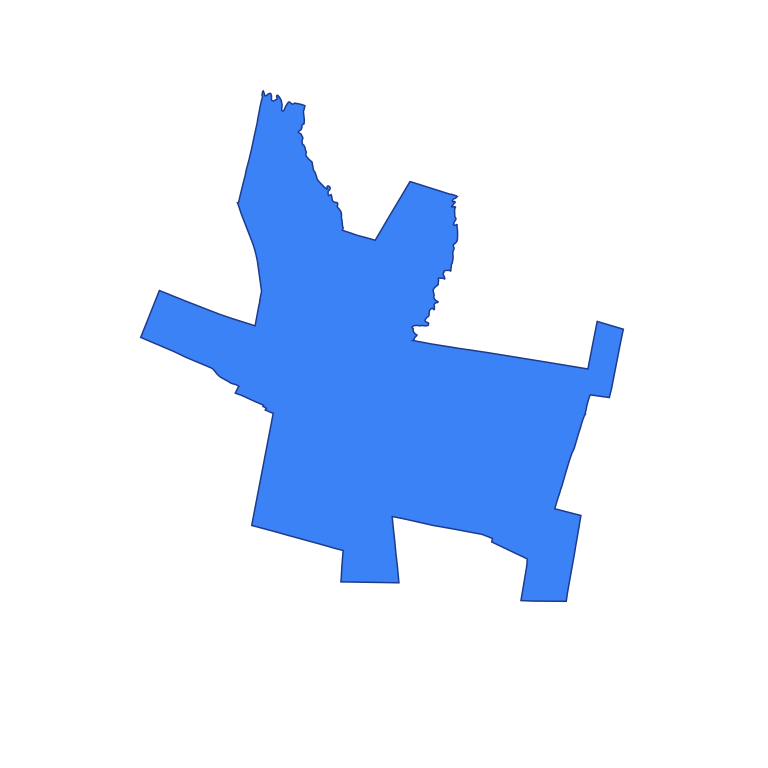 Mizil, Prahova, Romania, rotated 39°
{"feature_id": "2599482B63196712771897", "entity_name": "Mizil", "entity_type": "district", "adm_level": 2, "iso_a3": "ROU", "parent_name": "Romania", "parent_adm1": "Prahova", "projection": "mercator", "projection_center": [26.445, 45.004], "detail": "fine", "context": "isolated", "style": "filled", "palette": "blue", "viewbox_px": 768, "rotation_deg": 39, "n_neighbors": 0, "source": "geoboundaries", "source_scale": "gbopen_adm2", "svg_char_len": 6110}
<svg xmlns="http://www.w3.org/2000/svg" viewBox="0 0 768 768"><g transform="rotate(39 384 384)"><path d="M165.6,500.9L199.2,491.3L207.2,489.3L211.0,488.5L216.1,487.1L239.9,480.2L241.8,480.0L242.8,480.2L243.7,480.4L248.5,481.4L251.3,481.6L253.3,481.5L261.5,480.0L263.9,479.8L266.1,479.1L269.6,477.6L272.6,477.0L272.7,478.3L274.2,484.7L278.0,483.4L279.8,482.6L294.9,478.8L303.7,476.3L304.0,477.6L307.9,476.8L308.0,478.9L308.6,478.8L316.4,476.6L370.2,577.2L392.1,567.4L405.2,561.8L423.4,553.8L443.2,545.2L449.9,542.4L457.0,539.1L465.3,551.2L474.0,563.3L475.0,564.9L520.7,529.1L509.4,517.5L500.0,508.3L491.1,499.2L480.3,488.5L473.8,481.9L474.4,481.5L483.1,476.9L511.4,462.9L531.2,451.9L554.2,439.5L555.9,438.8L565.5,435.8L567.1,439.0L605.3,429.8L607.8,433.1L610.5,437.4L626.7,466.1L633.1,461.4L636.8,458.6L662.4,438.2L658.0,430.8L652.4,420.7L639.2,396.7L635.1,389.6L633.2,386.1L627.0,375.0L619.8,362.3L595.2,373.5L591.7,365.0L589.3,358.6L587.6,354.6L586.5,351.4L581.7,340.1L577.2,329.2L574.8,323.0L573.5,319.1L572.4,314.5L566.7,300.9L564.7,295.7L563.9,293.6L562.7,291.0L560.8,286.1L560.3,284.3L559.7,282.8L559.5,280.5L558.6,279.9L557.7,277.7L555.4,273.4L552.8,267.6L551.0,262.7L567.7,252.7L567.0,251.5L564.0,244.9L542.0,203.4L535.5,190.8L510.3,201.2L516.5,213.0L533.0,244.0L477.9,275.4L443.2,295.3L418.9,309.7L395.2,323.3L378.9,332.1L379.3,330.8L379.2,330.0L378.9,329.5L378.7,328.6L378.7,328.1L379.0,325.7L378.9,325.3L378.4,325.2L376.6,325.4L375.2,325.2L373.8,324.8L373.1,324.3L372.1,322.8L371.8,322.6L370.2,322.5L369.9,322.2L369.9,321.7L370.1,321.0L370.5,320.0L370.7,319.6L371.4,319.0L373.1,317.4L375.0,316.5L376.7,314.6L377.8,313.9L378.8,313.3L379.8,312.6L381.3,310.9L381.4,310.5L381.4,310.2L380.9,309.7L380.4,308.7L379.7,308.6L377.4,309.4L376.5,309.2L376.1,308.9L375.8,308.6L375.6,308.2L375.4,306.0L375.4,305.4L376.0,303.6L375.9,302.7L375.7,302.2L373.4,298.9L373.2,298.5L373.1,298.1L373.1,297.5L373.2,296.2L373.5,295.6L374.0,294.7L374.6,294.6L375.7,294.9L376.1,294.7L376.2,294.3L376.0,294.0L374.4,292.1L374.0,291.8L373.1,290.8L372.8,290.1L372.9,288.9L373.2,288.3L374.5,286.7L374.4,286.4L374.2,286.1L373.7,286.1L371.8,286.5L371.1,286.4L370.3,286.3L368.7,285.7L367.7,284.8L367.4,283.9L366.9,283.2L363.1,280.3L363.0,279.4L362.8,279.0L362.7,277.9L363.0,275.3L363.5,273.2L363.5,272.5L363.3,272.3L362.0,270.5L361.3,269.2L360.7,268.6L359.8,267.9L359.9,267.3L360.4,266.9L362.6,265.2L363.7,264.6L365.0,264.3L365.1,264.1L364.9,263.8L363.2,262.6L362.5,262.2L361.2,261.8L360.8,261.5L360.5,260.9L360.3,259.5L359.6,258.2L359.7,257.9L360.1,257.5L361.3,256.2L363.1,254.7L363.4,254.5L364.6,254.4L364.7,253.9L363.4,252.4L363.1,251.8L363.0,251.3L361.5,249.2L361.2,248.5L361.0,247.5L360.8,246.8L358.5,242.8L357.4,241.4L355.4,239.3L354.8,238.6L354.2,237.5L353.5,235.2L353.1,234.5L352.5,233.9L351.8,233.5L351.0,233.2L350.6,232.7L350.5,232.4L350.4,231.9L350.9,228.5L350.8,227.4L350.7,226.8L350.1,225.5L348.6,223.4L347.9,222.6L347.4,221.8L344.3,218.2L342.7,216.8L341.6,215.6L340.8,214.4L340.4,214.3L340.1,214.4L339.8,215.1L339.3,215.8L338.7,216.4L338.3,216.6L337.9,216.6L337.7,216.5L336.7,213.9L336.5,212.8L336.4,211.4L336.0,210.3L335.6,210.0L334.2,209.6L333.4,209.0L330.4,205.6L328.8,203.5L328.5,202.6L328.4,201.9L328.2,201.5L327.9,201.5L327.3,201.8L325.8,203.4L325.4,203.7L325.0,203.7L324.7,203.0L325.0,201.6L325.0,201.1L324.8,200.7L324.8,199.8L325.0,198.4L324.9,197.9L324.5,197.8L324.0,197.8L323.7,198.0L323.0,198.9L322.5,199.1L322.1,199.0L321.9,198.7L321.7,197.7L321.6,197.1L321.7,196.3L321.8,195.8L322.7,194.7L322.8,194.2L322.9,192.1L321.1,192.5L316.8,194.2L316.5,194.7L277.5,210.0L276.8,210.4L278.9,224.6L282.3,248.6L286.7,277.8L277.6,281.7L270.1,285.1L254.9,290.7L254.1,288.4L252.8,287.6L251.8,286.8L250.3,285.2L248.3,283.2L247.6,282.6L247.2,282.4L246.6,281.9L246.0,281.3L244.5,279.1L243.5,278.4L242.6,277.5L241.6,277.0L238.8,276.2L237.4,276.0L236.0,275.6L234.7,273.1L234.3,272.7L234.0,272.6L233.3,272.6L231.0,273.9L229.6,274.1L228.6,273.9L228.1,273.6L226.4,272.2L225.2,271.0L223.7,270.1L222.8,271.9L222.4,272.4L222.0,272.4L221.3,271.8L220.2,270.6L219.4,269.5L219.5,267.5L219.4,266.4L218.9,265.6L218.6,265.3L217.5,264.9L217.0,264.9L216.2,265.1L215.8,265.4L215.5,266.1L215.6,266.6L217.0,267.8L217.0,268.0L216.8,268.4L216.6,268.6L216.3,268.6L214.0,268.6L206.8,267.7L204.0,267.1L202.8,266.7L201.4,265.5L198.9,264.0L198.2,263.4L197.5,263.0L195.4,262.4L194.7,262.1L193.5,261.2L188.4,256.8L184.1,256.6L182.8,256.4L180.4,255.9L179.1,255.2L178.7,254.9L178.3,253.9L178.1,253.3L177.9,252.8L177.6,252.6L176.6,252.2L173.4,249.7L172.5,249.4L172.0,249.3L171.6,248.9L171.3,248.8L170.9,248.9L170.5,249.2L170.0,249.1L169.4,248.7L168.3,247.5L167.5,247.0L167.1,246.5L166.3,244.1L165.9,243.7L165.4,243.4L162.5,242.1L161.7,242.0L161.0,242.1L159.8,242.4L159.1,242.2L158.9,242.1L159.0,241.8L158.7,240.7L158.7,240.4L159.4,239.0L159.5,238.8L159.4,238.0L159.2,237.4L158.9,237.0L158.8,236.4L158.6,236.0L157.7,235.1L157.5,234.8L157.4,234.5L157.4,234.2L157.5,233.5L158.0,232.6L158.1,232.0L157.9,231.9L156.5,229.6L155.0,228.0L150.3,223.4L149.5,222.1L149.0,220.6L148.0,218.8L147.4,217.5L144.6,218.4L140.5,220.4L137.9,221.9L136.9,224.1L136.4,224.3L135.0,224.4L133.4,224.2L132.6,224.7L132.4,225.3L132.4,226.7L132.9,230.4L133.7,233.1L133.9,234.0L134.0,234.9L133.6,235.5L133.2,235.7L132.6,235.8L131.7,235.0L130.0,232.4L128.9,231.0L125.7,228.3L123.8,227.5L121.8,226.8L120.3,226.6L119.6,226.6L119.2,227.1L119.3,227.9L120.8,229.0L121.5,229.7L121.4,230.4L120.3,233.1L119.4,234.0L118.8,234.2L118.0,234.1L117.5,233.8L115.4,231.0L114.2,230.1L113.3,229.7L112.6,229.7L112.2,230.1L111.3,232.2L111.2,233.6L110.8,234.3L110.3,234.8L110.0,234.9L109.6,234.9L109.2,234.4L107.7,233.3L105.8,232.2L105.6,233.0L107.5,236.4L109.0,237.4L110.1,240.2L113.2,246.5L119.4,258.0L120.9,260.5L126.7,272.1L133.1,284.6L137.9,294.6L142.3,304.5L145.2,309.9L145.9,311.7L153.7,328.3L156.6,334.2L156.0,335.4L157.6,336.2L166.1,341.7L190.3,355.5L195.2,358.4L198.3,360.5L202.7,363.7L206.6,366.8L208.7,368.6L230.6,389.1L232.0,392.0L234.8,397.2L235.1,397.2L237.8,402.6L247.2,419.9L224.0,429.0L211.7,433.5L177.3,444.5L150.6,452.7L165.6,500.9Z" fill="#3b82f6" stroke="#1e3a8a" stroke-width="1.5"/></g></svg>